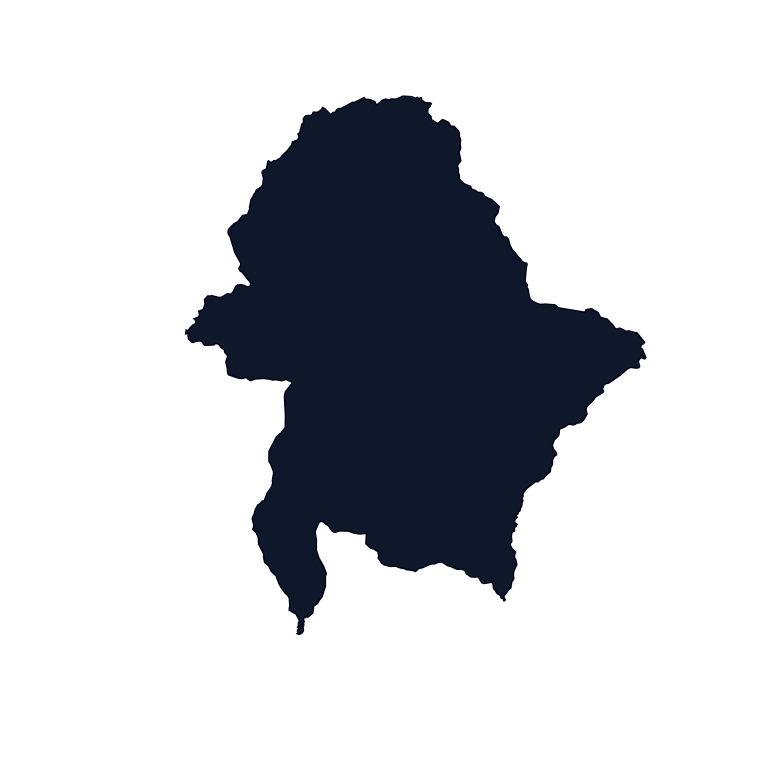 the district of Mamasa, Sulawesi Barat, Indonesia, rotated 38°
{"feature_id": "22746128B65559589019405", "entity_name": "Mamasa", "entity_type": "district", "adm_level": 2, "iso_a3": "IDN", "parent_name": "Indonesia", "parent_adm1": "Sulawesi Barat", "projection": "albers", "projection_center": [119.392, -2.996], "detail": "fine", "context": "isolated", "style": "filled", "palette": "ink", "viewbox_px": 768, "rotation_deg": 38, "n_neighbors": 0, "source": "geoboundaries", "source_scale": "gbopen_adm2", "svg_char_len": 6170}
<svg xmlns="http://www.w3.org/2000/svg" viewBox="0 0 768 768"><g transform="rotate(38 384 384)"><path d="M194.9,463.4L195.9,464.4L195.9,465.4L196.8,466.6L198.7,464.9L199.2,465.0L199.9,466.6L202.2,468.9L206.9,469.4L208.3,468.6L209.1,466.5L212.7,463.0L215.1,462.7L217.4,463.8L219.1,463.8L225.6,458.2L226.4,455.8L227.3,455.1L229.7,454.5L232.9,455.5L237.4,455.5L239.1,457.1L242.8,457.8L243.8,458.5L245.8,464.0L251.1,468.3L253.6,471.2L255.7,472.5L265.2,469.2L268.5,467.3L271.3,463.8L276.6,463.7L279.8,458.9L285.5,453.9L291.3,450.3L293.9,449.4L295.7,447.4L301.4,444.4L304.0,440.8L308.8,439.5L311.1,439.6L311.1,450.8L313.0,454.9L326.0,469.8L333.0,479.2L333.0,485.9L331.8,491.8L334.8,507.9L341.0,515.8L344.0,516.8L350.3,520.7L352.0,522.3L355.3,528.6L357.1,530.3L358.7,533.9L359.1,541.9L361.5,549.5L359.9,551.9L360.2,553.9L359.1,556.9L359.9,562.1L361.9,566.7L362.4,569.6L363.3,571.5L367.9,575.0L369.7,577.7L369.9,579.3L375.4,579.9L376.3,580.8L379.0,581.9L383.8,587.3L393.4,591.8L394.9,593.1L395.4,594.3L399.8,598.1L404.8,598.2L410.9,601.1L416.9,601.5L424.0,605.9L428.7,607.9L434.9,609.6L438.2,609.8L441.0,610.9L445.9,616.2L448.5,620.6L456.6,619.5L463.7,622.8L463.3,624.3L465.7,627.6L465.3,628.2L465.8,629.0L466.5,628.8L467.6,629.8L467.2,630.7L467.9,632.0L469.6,632.6L469.2,634.2L471.2,633.6L472.6,631.2L472.5,628.5L471.9,627.3L469.5,625.1L469.4,623.5L467.8,622.1L467.3,620.2L465.8,619.4L464.9,617.8L465.1,616.4L465.9,616.4L466.1,615.4L467.6,614.4L468.9,608.3L465.3,602.2L466.7,597.8L466.1,594.1L466.2,589.8L462.2,579.2L456.1,571.5L455.3,568.9L448.1,564.6L440.1,561.4L433.1,556.7L426.7,548.5L421.2,543.4L420.3,542.2L418.2,534.0L418.1,532.5L419.0,530.9L421.2,529.9L424.4,530.3L427.5,529.9L431.7,531.4L434.0,531.8L435.8,531.4L437.0,530.7L439.3,527.2L446.6,521.8L451.8,520.1L456.8,517.4L461.9,512.8L463.2,514.0L468.0,521.0L474.3,521.6L477.9,520.2L482.6,520.0L485.7,522.8L486.5,524.7L492.0,526.5L495.1,526.5L501.0,524.1L505.3,520.3L509.8,519.0L514.5,516.6L515.5,516.7L521.8,513.1L524.3,512.3L524.8,508.3L527.1,505.5L531.5,497.3L534.6,494.5L536.4,491.4L539.3,488.6L545.9,488.0L550.1,486.4L555.8,485.0L558.9,482.1L561.8,481.4L562.8,481.3L565.5,482.8L571.1,482.5L574.7,480.1L576.3,478.2L577.8,478.3L583.3,480.4L584.4,480.2L585.9,479.4L590.8,473.9L593.2,474.6L596.5,477.9L598.6,478.1L602.2,479.5L605.5,478.9L608.4,480.6L609.9,479.7L610.9,480.1L611.6,481.1L612.6,480.3L612.2,479.3L609.1,477.8L608.9,468.8L609.5,466.8L607.2,462.4L606.3,461.5L606.5,459.7L606.0,457.4L603.0,454.3L601.4,451.1L599.9,444.6L595.7,441.1L593.8,440.6L591.9,437.9L591.1,435.4L586.0,434.9L582.2,433.0L581.5,429.2L577.9,425.4L576.2,422.1L577.3,419.4L575.2,416.9L575.7,414.6L575.1,413.9L575.2,412.6L572.7,412.9L571.6,412.2L570.4,409.3L571.2,407.2L568.8,405.9L569.5,403.7L568.6,402.3L569.2,400.0L568.0,397.9L567.8,395.7L565.8,392.5L565.3,390.4L563.0,389.4L562.7,386.8L560.8,384.6L560.8,378.4L563.5,367.6L565.6,366.2L566.3,362.3L567.9,360.5L567.6,357.8L569.0,350.9L566.6,346.8L566.4,344.0L563.4,339.9L562.8,335.9L563.5,333.8L563.1,332.9L560.3,331.3L558.4,331.4L554.3,328.7L552.6,323.2L553.3,318.0L553.0,316.0L550.0,311.8L552.9,306.3L553.9,302.8L555.4,301.1L557.4,300.3L559.0,298.9L560.3,295.8L562.3,293.8L563.2,291.8L563.4,289.3L562.5,282.7L559.1,280.1L557.8,277.4L558.9,267.9L558.6,265.2L559.1,262.6L561.7,256.0L561.4,254.5L559.5,253.6L558.9,252.7L557.9,249.2L558.6,247.2L560.5,244.9L565.0,230.5L566.5,222.1L568.2,218.9L572.7,216.4L574.7,214.4L574.7,212.9L570.5,209.6L569.9,207.6L570.4,204.8L574.0,203.7L573.9,201.9L566.3,197.6L563.8,197.5L562.7,195.1L562.8,193.8L563.7,192.7L563.6,190.7L551.6,187.9L549.9,189.1L544.3,191.3L542.6,193.4L536.9,194.4L534.8,195.3L534.3,196.9L532.5,197.8L530.9,197.7L528.8,196.7L519.8,195.5L513.5,198.2L508.7,196.0L506.5,196.0L504.2,196.8L501.9,196.7L500.8,197.3L497.5,201.0L498.1,203.8L474.7,216.5L469.8,216.5L461.8,221.8L458.3,225.0L455.0,226.3L450.1,227.3L447.7,227.1L446.8,227.0L443.1,224.2L439.0,220.5L437.1,220.0L436.0,217.6L432.2,216.6L425.2,205.9L422.9,201.4L422.1,201.0L419.1,202.2L416.8,202.3L415.1,201.5L410.9,201.2L406.0,199.6L402.8,199.4L398.0,197.2L392.6,193.2L389.9,192.8L388.7,194.0L387.1,194.2L384.5,193.4L377.7,189.3L374.2,189.7L370.5,188.3L368.5,183.8L368.5,179.3L365.5,173.2L355.6,172.4L347.4,174.4L345.6,173.0L344.7,173.0L342.3,173.5L340.1,175.2L337.0,175.2L333.0,176.5L330.7,175.0L323.8,176.9L317.0,176.1L315.0,173.2L312.5,171.7L310.3,168.8L307.2,166.6L307.1,160.8L300.6,155.3L299.1,150.8L296.0,147.7L294.1,144.5L290.4,142.1L289.0,139.8L286.5,138.7L280.7,137.8L277.8,139.7L273.8,138.1L268.4,139.2L267.5,139.5L267.0,140.6L266.4,144.3L265.3,145.8L258.5,146.5L256.7,144.6L255.4,144.0L252.2,144.0L250.6,142.3L248.8,139.1L249.5,137.1L248.8,135.9L248.7,134.0L248.0,133.8L243.0,136.9L239.1,137.1L237.3,135.5L236.6,135.8L236.0,137.5L233.7,137.6L233.0,139.5L229.3,140.3L221.7,145.5L218.3,151.9L214.1,155.1L213.3,157.1L210.0,158.4L208.0,161.4L206.5,168.9L203.1,167.2L198.3,168.3L194.1,170.9L192.0,170.6L187.3,180.4L185.8,181.4L180.4,193.6L178.8,194.7L178.3,195.6L177.8,197.3L178.4,199.5L176.5,201.8L176.4,204.7L168.3,203.4L165.4,204.0L165.7,206.3L164.9,209.7L163.9,211.2L160.9,213.3L161.6,216.1L160.7,217.7L157.5,220.3L157.0,222.0L157.2,224.9L159.8,227.3L159.2,229.4L162.9,238.0L162.3,239.9L164.9,241.5L165.8,244.8L162.8,249.7L164.1,252.5L164.2,259.4L163.1,267.2L163.3,269.5L161.2,275.0L159.7,275.9L158.9,278.7L157.1,279.5L155.7,279.2L155.4,279.8L158.7,286.5L158.8,287.6L157.2,290.3L157.5,292.2L162.4,296.1L165.9,301.9L165.8,304.8L164.0,309.7L165.0,313.2L164.7,314.2L165.6,317.7L165.6,320.4L169.3,327.6L170.4,328.5L172.1,334.5L168.8,338.5L168.8,346.1L167.0,350.6L166.3,357.8L167.4,360.1L168.6,361.3L173.0,363.3L185.6,372.3L196.9,377.0L198.0,379.0L198.3,382.2L201.1,383.6L203.2,383.2L216.9,386.5L218.2,389.3L217.8,390.6L216.2,391.9L213.3,392.3L209.8,394.0L207.7,396.0L207.1,398.3L208.3,404.1L208.4,407.2L205.0,409.2L202.7,415.5L200.6,417.5L193.5,420.6L193.1,421.7L191.0,423.0L190.5,427.9L193.9,431.3L195.6,436.7L193.2,440.8L194.8,441.8L196.4,443.8L196.5,445.6L194.2,449.6L195.5,449.4L197.5,450.9L198.0,452.0L198.1,453.5L197.2,454.7L196.6,458.7L196.6,459.8L197.6,459.8L197.9,460.4L196.8,461.2L196.8,462.3L194.9,463.4Z" fill="#0f172a" stroke="#020617" stroke-width="1.5"/></g></svg>